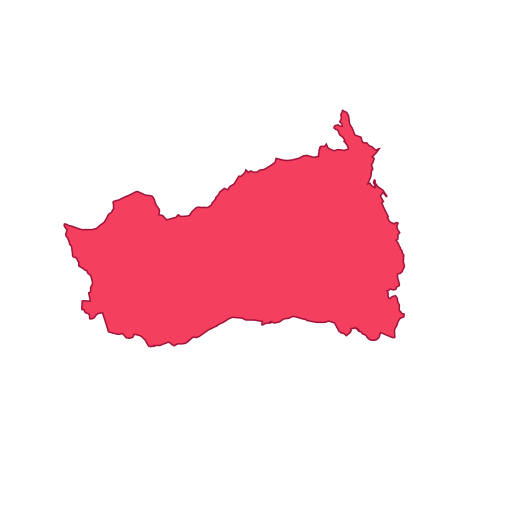 Neaua, Mures, Romania, rotated 47°
{"feature_id": "2599482B91391358994256", "entity_name": "Neaua", "entity_type": "district", "adm_level": 2, "iso_a3": "ROU", "parent_name": "Romania", "parent_adm1": "Mures", "projection": "equal_earth", "projection_center": [24.842, 46.484], "detail": "fine", "context": "isolated", "style": "filled", "palette": "rose", "viewbox_px": 512, "rotation_deg": 47, "n_neighbors": 0, "source": "geoboundaries", "source_scale": "gbopen_adm2", "svg_char_len": 6149}
<svg xmlns="http://www.w3.org/2000/svg" viewBox="0 0 512 512"><g transform="rotate(47 256 256)"><path d="M210.8,415.6L215.2,413.0L218.5,410.8L220.3,409.2L221.6,406.5L227.2,406.7L230.0,404.6L231.3,401.9L231.1,400.4L230.1,398.7L232.3,396.9L235.1,395.2L236.9,394.6L242.4,394.4L245.4,395.3L247.8,395.8L249.2,395.8L250.6,394.8L251.0,393.6L252.0,392.9L252.3,392.5L251.8,391.6L251.9,391.4L252.6,391.7L253.9,389.2L255.3,388.1L256.2,386.8L256.8,384.6L258.5,381.1L258.7,379.7L259.6,378.7L261.2,378.0L263.5,377.9L266.0,376.9L266.8,373.2L269.4,370.5L271.3,367.9L271.7,367.2L272.2,364.6L272.3,358.4L272.6,357.2L273.7,356.0L274.3,355.7L275.1,355.1L276.1,352.4L277.7,340.8L278.9,337.2L279.8,334.1L280.4,332.8L280.8,329.3L281.2,327.8L282.0,325.9L282.7,322.9L283.2,319.3L284.6,315.4L284.9,314.9L292.2,308.3L294.6,307.7L296.0,306.9L301.7,300.9L308.2,296.0L309.6,298.0L310.5,298.6L310.9,298.3L311.6,295.7L312.8,293.6L314.8,291.2L314.9,290.8L313.8,290.9L313.7,290.6L313.9,290.1L314.4,289.6L316.5,288.9L317.5,288.3L319.1,285.8L320.3,283.5L320.7,280.1L321.1,278.3L323.7,274.9L324.4,273.3L324.6,271.7L325.8,269.9L327.5,268.5L334.1,264.6L336.4,262.7L337.8,262.9L339.5,261.4L341.8,260.0L345.6,257.1L350.2,252.4L352.0,250.0L353.0,247.3L358.5,244.2L367.5,246.6L370.2,246.2L372.7,244.6L375.9,244.3L376.2,239.0L376.0,238.5L375.4,238.0L375.2,237.0L374.4,236.8L374.0,236.1L374.3,235.0L375.2,234.7L375.4,234.3L375.3,233.8L376.1,232.9L376.2,232.2L377.1,232.4L377.6,232.2L378.0,231.9L377.9,231.5L378.5,231.4L378.9,231.7L379.1,232.1L379.6,232.2L379.9,232.0L379.9,231.4L380.3,231.2L381.0,232.2L381.7,232.0L382.4,231.4L383.6,230.8L385.3,231.3L386.0,231.1L387.2,230.4L389.1,229.7L391.8,230.3L394.9,229.8L397.2,228.3L399.0,225.9L399.5,224.7L399.5,222.1L399.0,220.7L397.6,218.4L397.0,217.1L408.0,212.2L410.0,210.7L410.1,209.9L405.7,206.2L404.2,204.7L402.8,200.2L400.8,196.7L400.4,195.5L400.0,192.7L401.3,189.6L401.3,189.2L399.4,187.3L398.1,188.4L393.6,188.2L392.1,187.2L391.3,186.3L391.0,185.8L389.4,184.5L386.2,183.6L383.1,181.4L380.2,181.1L378.9,183.3L378.6,184.3L378.5,184.9L378.5,187.0L378.3,187.3L377.7,187.5L376.9,187.4L374.9,186.5L374.1,185.4L373.3,184.7L370.8,183.8L371.2,183.4L371.6,182.6L371.7,180.3L374.5,178.7L375.4,177.2L375.6,176.4L375.5,175.8L374.7,174.8L374.7,174.0L375.3,172.3L375.3,171.7L375.2,171.2L374.4,170.3L368.8,167.4L366.6,165.9L365.8,164.4L366.7,163.1L367.1,162.0L367.2,161.2L367.0,159.5L366.1,157.7L365.8,156.4L364.6,154.3L360.9,152.2L359.9,151.9L359.4,150.5L357.3,148.9L357.1,148.2L355.7,147.1L354.1,147.1L351.7,145.7L349.0,145.4L348.2,144.7L346.7,144.6L343.8,143.3L340.0,142.9L340.4,140.7L337.2,137.6L337.0,135.0L333.3,134.4L330.8,133.2L330.1,132.4L328.8,129.6L328.6,129.6L327.6,130.2L326.8,131.4L326.7,131.9L327.0,132.9L323.2,134.6L321.7,134.8L317.4,133.6L317.4,132.4L308.8,129.9L302.8,127.8L303.1,125.6L297.0,124.2L296.2,119.8L297.4,119.8L301.1,120.2L301.6,119.8L301.2,119.4L294.2,118.3L288.8,119.6L283.8,119.1L282.0,117.4L281.4,117.4L281.1,117.7L282.2,119.8L285.9,121.2L286.7,121.1L287.2,121.4L287.1,122.5L285.9,122.9L283.5,123.4L281.8,123.3L280.5,123.0L279.5,125.2L277.3,120.1L275.9,117.4L274.9,116.1L271.9,112.8L272.5,112.0L272.3,111.7L271.3,110.8L267.8,109.3L267.7,109.1L267.8,107.8L266.3,104.7L265.2,103.0L262.8,103.4L262.5,97.5L261.6,92.7L261.1,93.5L260.5,96.0L259.9,96.3L255.1,96.7L252.5,98.1L249.0,97.8L248.4,98.2L247.9,99.0L245.8,100.4L243.7,99.8L240.8,98.1L235.1,101.2L228.1,98.4L223.4,97.5L216.8,92.8L212.8,91.7L211.4,92.4L208.5,93.4L209.7,95.3L210.5,97.6L213.8,99.9L215.0,103.2L217.9,103.1L218.8,103.5L219.9,104.6L218.0,106.2L216.1,106.5L214.5,109.4L214.9,111.1L215.7,111.6L216.6,111.6L217.9,111.3L219.1,110.4L220.3,110.6L224.3,112.1L228.5,111.5L231.1,111.9L232.2,112.6L232.1,113.5L232.5,113.6L234.0,113.1L234.7,113.6L236.5,113.6L239.8,114.8L240.6,115.3L240.7,115.9L238.8,119.5L233.9,123.6L232.9,125.9L231.8,127.5L226.9,129.5L226.1,129.6L222.1,128.3L222.6,129.9L222.2,131.7L220.2,133.5L220.0,134.3L220.1,135.4L221.2,136.0L221.2,137.3L222.7,138.5L224.2,140.9L224.8,141.5L225.9,142.0L223.2,146.5L217.0,150.3L215.1,153.2L214.4,155.5L214.1,157.3L210.4,164.1L207.5,168.0L204.4,170.8L198.3,174.7L200.3,177.9L200.5,178.7L199.8,183.7L198.5,190.2L197.9,191.6L195.9,194.4L195.6,195.2L195.5,197.3L195.3,198.1L193.4,200.3L192.6,200.8L190.4,201.7L189.9,202.3L189.6,204.7L188.3,204.5L186.1,204.7L187.4,207.2L187.5,208.7L187.5,211.7L187.3,212.8L185.9,214.1L188.2,222.0L188.3,223.8L187.6,226.3L187.4,228.0L188.3,231.5L184.9,233.1L184.5,238.8L184.7,239.7L185.4,241.1L185.6,242.0L185.8,245.5L186.4,245.9L186.7,246.6L187.3,250.3L187.2,251.4L188.3,254.2L187.9,255.6L187.9,257.4L187.7,258.0L186.0,260.0L184.7,261.1L183.6,262.5L181.4,264.4L180.6,265.4L179.9,267.0L179.9,273.0L180.4,274.0L180.4,275.1L180.9,276.3L181.0,276.8L180.8,277.3L179.8,279.2L176.5,283.2L175.1,284.4L173.9,284.6L173.2,284.4L172.7,285.3L173.2,288.0L169.3,295.4L168.7,296.5L168.4,296.7L162.7,296.7L161.3,297.6L159.9,298.9L159.6,298.9L157.2,295.8L156.1,295.0L150.7,294.2L149.0,293.7L145.2,291.8L142.3,291.2L141.4,291.2L139.3,292.5L136.2,295.3L128.3,298.5L127.4,299.5L126.8,301.0L125.2,306.8L123.0,312.7L121.5,318.2L120.6,319.5L119.7,321.3L119.0,323.1L119.0,323.5L119.4,324.1L121.2,325.2L124.3,327.9L124.8,330.2L125.5,331.6L125.6,332.1L125.0,334.5L125.2,336.4L126.6,339.8L127.8,343.8L127.2,349.2L127.1,354.0L124.6,358.3L120.0,363.1L119.4,364.2L116.2,366.5L108.7,370.3L106.1,372.2L103.6,372.9L101.9,374.2L102.6,375.3L103.6,375.9L106.7,376.3L107.8,376.2L109.6,378.8L109.9,379.9L110.5,380.5L111.9,381.3L114.4,381.6L117.0,382.5L119.5,383.7L120.2,384.3L123.1,384.3L129.5,388.9L130.8,390.1L131.6,390.2L132.3,390.1L134.8,388.8L135.8,389.0L138.4,389.8L139.5,389.8L142.3,392.3L142.9,392.4L144.9,391.6L150.2,390.5L151.4,389.7L153.0,390.5L154.5,390.8L156.7,390.2L158.7,390.8L163.7,393.5L165.3,395.3L165.9,397.8L166.7,399.1L167.3,399.4L169.5,401.5L168.8,403.5L176.0,407.9L171.0,412.8L170.6,413.3L170.5,413.9L176.1,419.7L176.5,419.8L177.9,418.6L178.5,418.5L179.9,419.3L181.6,419.3L183.7,418.0L184.5,417.9L185.8,418.3L187.0,419.1L188.1,420.3L188.7,420.3L189.3,419.9L190.5,417.9L190.8,416.1L190.0,412.4L190.9,409.8L192.8,407.0L202.7,411.6L210.8,415.6Z" fill="#f43f5e" stroke="#9f1239" stroke-width="1.5"/></g></svg>